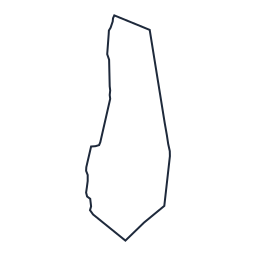 Espírito Santo, Rio Grande do Norte, Brazil (Albers equal-area conic projection)
{"feature_id": "56859067B91572122675295", "entity_name": "Espírito Santo", "entity_type": "district", "adm_level": 2, "iso_a3": "BRA", "parent_name": "Brazil", "parent_adm1": "Rio Grande do Norte", "projection": "albers", "projection_center": [-35.319, -6.298], "detail": "fine", "context": "isolated", "style": "outline", "palette": "slate", "viewbox_px": 256, "rotation_deg": 0, "n_neighbors": 0, "source": "geoboundaries", "source_scale": "gbopen_adm2", "svg_char_len": 543}
<svg xmlns="http://www.w3.org/2000/svg" viewBox="0 0 256 256"><path d="M149.7,29.9L114.3,15.4L113.0,18.3L112.7,21.5L110.6,27.7L108.9,30.5L108.7,34.1L107.2,54.2L109.1,59.7L109.7,86.3L110.2,90.5L109.7,95.0L110.2,98.8L100.3,142.2L99.1,145.1L95.4,146.2L91.1,146.5L86.3,167.2L86.1,170.8L87.7,175.0L87.7,181.0L86.8,187.8L86.1,192.6L87.1,196.5L90.2,198.8L91.1,206.4L90.0,210.2L93.1,214.5L125.4,240.6L144.1,222.5L164.3,205.9L169.9,156.2L169.8,151.2L168.2,144.0L166.9,135.4L164.7,122.9L149.7,29.9Z" fill="none" stroke="#1e293b" stroke-width="2"/></svg>